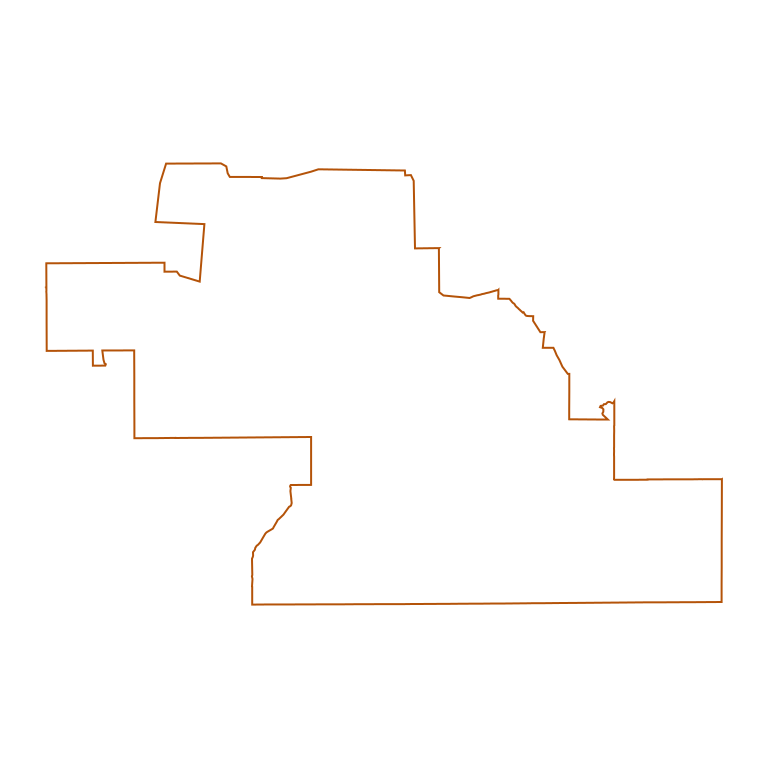 outline of Kimba, South Australia, Australia
{"feature_id": "25037944B98652038613248", "entity_name": "Kimba", "entity_type": "district", "adm_level": 2, "iso_a3": "AUS", "parent_name": "Australia", "parent_adm1": "South Australia", "projection": "robinson", "projection_center": [136.231, -32.967], "detail": "fine", "context": "isolated", "style": "outline", "palette": "amber", "viewbox_px": 768, "rotation_deg": 0, "n_neighbors": 0, "source": "geoboundaries", "source_scale": "gbopen_adm2", "svg_char_len": 4473}
<svg xmlns="http://www.w3.org/2000/svg" viewBox="0 0 768 768"><path d="M650.7,602.3L656.2,602.3L666.4,602.3L686.1,602.2L691.2,602.2L691.3,602.2L705.8,602.1L721.6,602.0L721.6,584.2L721.7,567.1L721.7,553.4L721.7,553.0L721.7,540.4L721.8,515.3L721.9,479.7L721.9,479.4L721.9,479.1L721.7,479.2L721.1,479.2L720.5,479.2L718.9,479.2L718.6,479.2L714.2,479.2L713.8,479.2L712.4,479.2L711.6,479.2L711.2,479.2L710.9,479.2L709.9,479.2L709.0,479.2L705.0,479.2L702.8,479.2L702.5,479.3L702.2,479.3L701.9,479.2L701.5,479.2L701.3,479.2L700.4,479.2L693.6,479.3L691.7,479.3L689.3,479.3L685.2,479.3L684.6,479.3L679.5,479.3L677.1,479.3L669.7,479.3L659.9,479.4L657.5,479.4L650.2,479.4L648.1,479.4L647.6,479.4L647.6,479.7L634.4,479.8L614.4,479.8L614.3,479.7L614.1,479.5L614.0,479.4L614.0,479.2L614.1,477.2L614.1,473.6L614.1,465.3L614.1,464.6L614.1,456.7L614.0,454.8L614.1,451.0L614.0,447.8L614.1,447.5L614.1,447.3L614.1,438.3L614.1,435.5L614.2,431.0L614.1,425.9L614.3,425.6L614.3,401.2L613.6,402.4L612.4,403.3L610.2,402.1L608.7,401.9L607.5,402.3L605.8,404.1L603.9,404.2L602.9,405.6L600.6,405.9L600.0,407.2L602.3,408.0L603.4,409.3L603.3,411.8L602.4,413.4L602.8,414.8L607.8,419.5L596.1,419.5L569.2,419.3L569.2,409.3L569.3,392.2L569.3,379.9L569.3,373.9L567.8,373.9L564.9,370.0L562.4,366.7L559.4,360.0L556.7,355.3L554.9,350.9L553.4,347.8L546.9,347.8L542.8,347.8L543.8,338.0L543.9,337.6L544.0,336.9L544.1,335.8L544.4,333.8L544.5,333.0L544.5,332.6L544.5,332.3L544.6,332.1L540.4,332.2L533.1,320.8L533.2,316.2L529.4,316.1L527.4,316.0L527.1,315.9L526.7,315.9L526.3,315.8L525.8,315.5L525.3,314.9L524.8,314.2L524.2,313.3L524.0,313.0L523.7,312.3L523.6,312.2L523.4,312.3L522.7,312.6L522.2,312.1L521.5,311.4L521.0,311.0L520.7,310.7L520.4,310.5L520.3,310.4L519.9,309.9L519.7,309.7L519.0,309.2L518.1,308.2L516.1,306.5L515.5,305.8L514.7,304.4L514.3,303.8L514.2,303.7L513.2,303.1L512.7,302.7L512.4,302.4L511.8,301.7L511.2,300.9L511.1,300.7L510.4,300.0L509.8,299.2L509.3,298.8L498.2,298.7L498.2,296.1L498.2,295.6L498.2,295.3L498.3,295.0L498.4,294.6L498.4,289.9L498.3,290.0L498.1,290.0L497.9,290.1L497.7,290.1L497.4,290.1L497.1,290.2L495.8,290.5L495.3,290.7L493.1,291.3L491.8,291.7L491.1,291.9L490.5,292.0L490.4,292.1L489.0,292.5L487.2,292.9L486.2,293.1L484.2,293.7L482.0,294.1L480.6,294.6L478.3,295.1L478.0,295.2L477.9,295.2L477.5,295.2L473.3,296.3L471.1,297.4L470.7,297.5L469.7,298.0L463.9,297.4L460.8,297.1L454.0,296.5L446.9,295.8L443.5,295.5L439.2,292.2L438.9,248.2L439.0,248.1L415.0,248.4L413.7,180.8L410.9,175.1L405.2,175.4L404.9,170.5L318.4,169.3L311.0,171.7L286.6,178.2L280.4,178.6L261.8,178.1L261.9,177.0L229.8,176.9L227.7,173.3L226.3,166.4L220.9,163.4L166.1,163.6L160.0,183.2L155.4,222.0L204.4,224.1L199.7,281.6L179.8,275.6L176.8,271.6L164.5,271.7L164.5,262.7L46.3,263.3L46.4,286.8L46.4,287.0L46.1,287.2L46.2,287.3L46.3,287.3L46.3,287.5L46.4,287.8L46.4,288.0L46.3,288.4L46.4,288.5L46.4,290.0L46.4,291.2L46.3,291.4L46.3,291.8L46.4,292.5L46.4,292.8L46.4,293.1L46.4,293.7L46.4,293.8L46.4,293.7L46.5,293.9L46.5,294.0L46.5,294.5L46.5,295.2L46.6,300.5L46.6,302.2L46.6,305.0L46.6,306.6L46.6,308.2L46.6,322.0L46.7,350.9L92.8,350.6L92.9,365.7L105.3,365.6L105.8,364.2L104.5,363.3L103.5,359.8L102.3,350.5L134.2,350.4L134.2,353.5L134.3,376.0L134.3,399.6L134.3,399.8L134.4,425.8L134.4,427.1L134.4,438.2L158.5,438.1L175.3,437.9L175.3,438.0L188.3,437.9L195.0,437.9L221.9,437.7L310.6,437.0L311.1,437.0L311.1,441.7L311.1,484.9L290.8,485.0L290.3,485.6L290.1,486.7L290.8,487.8L290.4,491.1L291.3,498.8L291.2,498.9L291.4,500.3L291.5,501.3L291.7,503.0L291.1,505.3L290.9,505.6L290.1,506.3L289.2,506.7L289.0,506.9L285.9,511.2L283.4,514.7L279.1,518.8L278.7,519.2L278.0,519.7L277.8,519.8L277.5,520.3L277.4,520.5L277.3,520.8L277.2,520.9L276.8,521.7L273.6,527.2L273.0,528.4L272.8,528.6L272.7,528.7L267.4,531.8L266.5,532.4L266.1,532.8L265.3,533.7L263.7,536.4L260.2,542.4L258.0,544.8L256.7,545.7L255.3,547.8L254.9,549.7L253.0,552.2L253.1,555.6L252.8,556.9L252.0,558.7L252.3,575.0L252.2,575.4L251.9,576.2L252.5,579.0L252.0,586.6L252.2,586.8L252.2,604.6L264.0,604.5L311.1,604.4L325.3,604.3L344.8,604.3L357.9,604.2L358.3,604.2L368.8,604.2L369.1,604.2L369.3,604.2L383.8,604.1L384.0,604.1L396.2,604.1L405.1,604.1L412.6,604.0L413.0,604.0L417.1,604.0L436.8,603.9L438.6,603.9L446.9,603.9L452.2,603.8L468.6,603.7L469.0,603.7L475.5,603.7L476.8,603.7L496.9,603.5L505.4,603.5L526.7,603.3L533.3,603.2L536.8,603.2L542.1,603.2L562.4,603.0L563.1,603.0L577.6,602.9L614.6,602.6L627.2,602.5L650.7,602.3Z" fill="none" stroke="#b45309" stroke-width="2"/></svg>